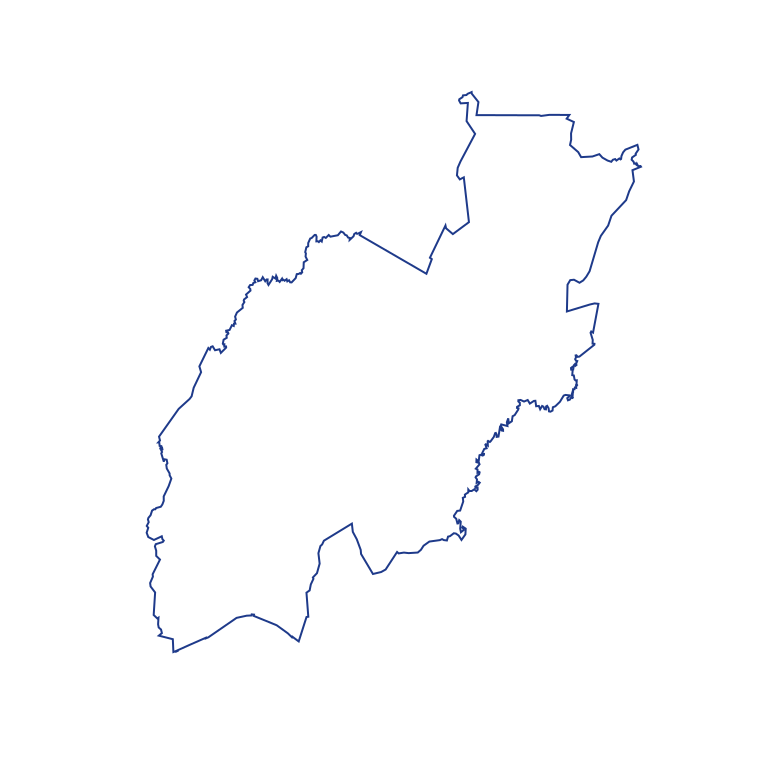 the district of Vaives pag., Cesu, Latvia, rotated 281°
{"feature_id": "27541924B73856570603331", "entity_name": "Vaives pag.", "entity_type": "district", "adm_level": 2, "iso_a3": "LVA", "parent_name": "Latvia", "parent_adm1": "Cesu", "projection": "robinson", "projection_center": [25.436, 57.231], "detail": "fine", "context": "isolated", "style": "outline", "palette": "blue", "viewbox_px": 768, "rotation_deg": 281, "n_neighbors": 0, "source": "geoboundaries", "source_scale": "gbopen_adm2", "svg_char_len": 6145}
<svg xmlns="http://www.w3.org/2000/svg" viewBox="0 0 768 768"><g transform="rotate(281 384 384)"><path d="M455.6,233.7L453.2,232.7L451.8,234.6L450.2,235.1L445.5,231.5L443.2,233.0L440.3,230.5L438.9,230.4L437.8,231.3L434.6,230.0L431.8,230.8L426.1,226.0L421.7,225.0L419.0,226.3L417.3,225.2L414.9,226.6L414.6,225.2L412.3,225.4L412.7,223.5L407.6,222.1L406.2,218.9L404.8,219.4L404.8,221.1L403.8,221.6L401.6,220.1L399.3,220.8L396.9,218.1L392.8,218.1L392.1,218.8L392.5,219.7L390.3,220.1L390.7,221.8L389.6,222.1L383.4,217.9L386.7,215.9L384.9,211.7L388.3,208.6L387.4,207.1L384.5,206.5L385.8,204.7L366.1,199.4L360.7,202.2L344.0,197.9L335.2,197.5L332.2,196.0L320.4,187.2L289.4,173.2L285.8,174.9L283.6,173.6L283.8,174.5L280.4,175.6L280.5,177.0L277.9,176.7L277.7,177.4L278.9,178.4L277.4,179.0L276.4,178.0L274.9,179.1L273.4,178.6L265.7,182.7L268.2,182.7L268.2,185.1L264.9,186.5L263.1,185.7L259.6,186.9L255.3,190.6L253.5,191.0L250.6,193.3L242.6,192.1L231.6,189.2L227.3,190.1L223.4,189.4L220.9,188.3L218.8,184.0L217.4,183.4L217.2,182.2L215.5,180.5L210.6,179.9L207.7,178.3L206.0,178.1L203.5,179.4L199.4,178.2L197.9,180.0L192.7,179.4L188.8,181.8L187.0,187.9L192.1,194.9L189.4,196.1L188.2,197.7L186.7,197.0L183.2,190.5L180.9,190.1L176.9,192.2L171.8,193.2L168.9,197.6L153.1,193.2L150.8,193.9L144.0,192.4L140.7,193.5L135.7,199.1L113.3,202.0L110.6,206.2L111.6,207.2L105.0,208.1L102.0,209.3L100.4,212.0L97.1,213.5L94.0,211.0L93.2,225.4L80.7,228.4L82.3,230.9L81.7,231.1L82.7,232.5L83.3,232.3L90.5,242.5L100.9,257.5L100.3,257.6L101.8,259.9L126.3,283.9L130.4,293.5L131.5,298.1L132.6,298.1L132.8,300.4L131.5,300.4L126.7,324.7L120.9,337.2L117.8,342.0L118.5,342.2L115.0,349.4L140.5,352.4L141.1,354.1L164.4,347.7L167.2,350.4L173.3,350.4L179.3,351.9L180.5,351.1L185.5,354.3L195.4,355.1L205.4,351.9L212.8,352.5L214.7,353.9L218.7,354.9L240.8,379.1L232.9,381.6L226.4,386.9L216.7,392.8L212.8,393.9L195.4,409.4L198.9,417.1L202.2,421.0L221.6,428.9L220.5,430.7L222.3,435.7L222.7,440.5L225.0,449.3L228.3,451.9L232.8,453.7L238.0,458.6L241.4,468.6L242.8,470.6L242.2,472.5L242.4,475.6L246.4,476.0L247.2,477.8L250.8,481.0L250.9,483.1L249.5,486.2L245.7,489.8L251.9,492.6L257.6,491.8L259.0,488.5L257.9,488.3L257.1,489.7L255.8,490.0L253.2,487.8L256.5,486.4L263.5,485.6L264.7,483.8L261.4,483.5L261.1,482.7L265.5,480.6L267.0,478.1L268.0,477.8L273.4,480.1L274.3,482.9L283.8,484.2L287.3,483.1L288.7,485.1L290.9,484.5L293.7,487.4L296.5,486.9L295.3,488.3L295.7,490.5L297.8,492.7L296.4,495.1L298.1,496.1L300.2,495.6L299.5,493.6L300.8,493.2L303.0,495.6L305.4,496.8L306.0,495.5L304.7,493.8L308.1,493.5L309.8,491.7L310.8,491.9L313.5,494.6L315.6,494.7L315.9,494.0L314.7,492.7L317.9,492.1L318.4,490.3L323.4,493.1L324.7,492.3L324.9,489.6L327.5,489.2L326.2,491.7L332.3,491.3L332.9,492.2L332.6,494.6L333.6,495.6L334.4,495.5L333.9,493.8L334.5,493.5L339.4,494.8L340.5,497.0L343.8,495.1L344.3,495.5L343.3,497.7L347.6,496.7L348.0,497.0L347.3,499.0L348.1,499.6L353.0,501.9L357.0,502.5L357.3,503.1L356.0,504.1L353.6,504.7L354.2,506.4L363.0,506.1L360.8,508.4L360.8,509.8L362.2,509.5L365.2,506.6L366.7,506.8L366.3,513.2L369.9,511.9L374.0,512.5L369.2,514.0L371.8,516.6L376.9,516.4L378.4,518.2L384.4,520.6L385.7,520.7L385.9,519.1L387.0,519.0L389.0,521.4L391.5,520.9L392.5,519.2L393.7,519.0L394.4,521.1L393.5,524.8L395.7,528.1L392.6,530.9L396.0,534.4L396.4,535.8L391.2,537.6L392.0,540.2L389.0,542.1L392.6,543.4L392.2,544.8L389.9,546.4L390.0,547.8L392.9,547.4L393.7,548.3L391.6,550.2L388.6,551.2L388.6,552.7L390.1,554.5L393.4,554.2L394.8,556.4L400.1,560.1L406.9,562.6L407.9,564.2L408.2,568.1L407.2,568.3L405.1,566.6L403.1,567.7L404.1,569.4L406.2,570.2L406.2,571.7L406.8,571.9L408.0,570.4L408.3,571.4L410.1,571.2L409.7,570.3L411.7,570.5L411.1,571.0L412.0,571.2L414.9,570.6L415.2,572.0L416.9,572.0L416.9,573.4L420.3,572.5L419.1,573.5L419.8,573.8L420.6,573.0L424.4,572.5L424.0,571.4L424.8,570.2L428.6,568.7L428.6,567.1L434.0,566.5L433.8,565.0L435.4,564.5L436.7,565.6L435.6,566.9L438.6,566.8L439.9,567.6L438.5,568.5L439.4,569.3L440.4,568.7L443.4,569.3L443.5,568.0L444.9,566.9L446.7,567.4L448.6,566.7L448.9,567.4L447.6,568.9L448.2,570.6L462.7,583.0L463.6,582.9L463.5,581.0L467.1,580.5L473.7,577.0L475.1,577.4L474.3,579.4L503.6,579.2L503.3,575.4L501.3,570.9L490.1,549.7L516.5,545.2L521.5,547.0L522.6,550.6L520.7,556.6L523.7,559.8L527.9,562.1L533.9,564.3L564.0,567.2L570.8,568.6L582.3,573.8L592.6,575.2L610.7,586.6L620.0,587.9L630.5,590.7L641.3,587.1L646.3,594.8L646.9,594.2L646.3,592.0L648.6,590.1L647.5,589.8L648.5,588.6L648.0,587.6L649.9,586.5L651.4,584.3L653.7,584.3L657.0,587.5L658.1,587.1L662.8,589.1L667.1,587.1L660.1,576.2L657.0,574.5L653.1,573.6L650.1,573.8L649.6,573.3L650.3,572.0L647.7,569.5L648.9,568.0L647.8,565.9L645.5,564.7L646.0,560.8L647.9,555.2L650.7,551.5L647.1,545.2L644.3,534.2L648.7,530.4L654.1,521.0L659.6,521.1L665.7,519.8L677.4,520.4L679.3,512.7L683.5,514.6L679.7,494.8L677.1,487.0L677.4,485.2L665.6,423.5L678.8,422.9L685.8,414.7L687.3,414.3L684.8,410.7L683.4,409.8L682.4,406.5L680.5,406.3L677.9,403.6L676.6,403.6L674.1,405.7L675.9,412.7L657.8,414.9L646.9,425.7L617.0,416.6L610.3,415.1L602.7,415.8L599.3,419.4L602.1,422.9L559.1,436.5L544.3,423.0L548.7,415.2L551.3,414.1L516.7,405.0L515.7,407.1L500.3,404.6L525.5,331.8L528.7,332.4L526.6,329.7L526.3,328.8L527.1,327.8L525.6,326.2L523.2,325.9L518.9,322.8L520.8,322.6L520.9,320.8L522.8,319.0L522.9,317.5L524.9,315.2L525.5,312.7L521.2,310.3L518.4,303.3L519.7,301.3L516.3,299.0L516.9,297.2L516.1,295.8L512.0,295.7L512.9,294.2L510.9,293.0L511.5,291.9L511.1,290.4L515.8,289.7L517.3,288.6L517.1,287.5L513.5,285.1L512.7,283.8L507.9,282.7L504.7,283.3L503.4,281.7L498.4,281.5L497.3,282.4L494.1,282.7L491.1,285.0L488.2,282.0L482.3,282.9L480.0,281.6L478.0,282.4L476.4,281.4L477.0,280.5L475.8,279.3L475.2,277.4L471.1,277.1L466.1,273.9L465.9,272.5L467.7,271.0L466.3,269.5L468.3,268.4L466.4,266.7L467.2,265.4L466.6,264.6L468.0,263.8L464.3,262.1L465.4,260.5L464.8,259.1L467.7,259.0L469.7,257.5L466.8,257.3L468.0,254.3L465.5,254.2L459.2,251.7L460.8,250.4L464.4,249.8L464.2,248.8L462.2,247.8L465.7,244.6L462.4,243.6L460.9,240.8L463.1,239.6L463.0,237.7L460.9,237.0L459.3,238.3L458.3,236.5L456.2,236.1L455.6,233.7Z" fill="none" stroke="#1e3a8a" stroke-width="2"/></g></svg>